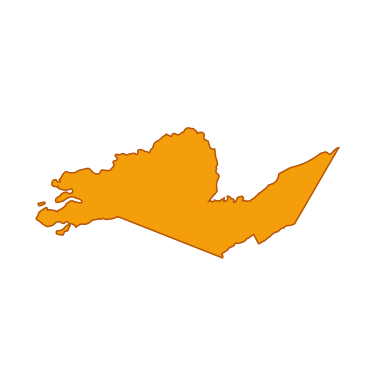 outline of Viseu, Pará, Brazil, rotated 242°
{"feature_id": "56859067B62077579865137", "entity_name": "Viseu", "entity_type": "district", "adm_level": 2, "iso_a3": "BRA", "parent_name": "Brazil", "parent_adm1": "Pará", "projection": "robinson", "projection_center": [-46.341, -1.561], "detail": "fine", "context": "isolated", "style": "filled", "palette": "amber", "viewbox_px": 384, "rotation_deg": 242, "n_neighbors": 0, "source": "geoboundaries", "source_scale": "gbopen_adm2", "svg_char_len": 5980}
<svg xmlns="http://www.w3.org/2000/svg" viewBox="0 0 384 384"><g transform="rotate(242 192 192)"><path d="M202.7,117.0L119.5,188.0L120.6,189.0L121.1,189.2L123.0,189.0L123.6,190.4L124.1,196.0L124.3,196.7L124.9,197.8L125.2,198.7L125.1,201.0L124.9,202.3L124.9,203.7L125.4,204.6L126.2,205.3L126.3,206.0L126.2,206.7L125.9,207.5L124.9,208.6L124.7,209.3L124.1,212.4L123.8,214.9L124.1,216.1L124.9,218.1L124.9,222.0L125.3,222.6L125.6,226.5L115.0,226.5L114.8,227.4L115.0,229.3L114.9,232.7L115.2,234.8L116.0,238.6L116.0,239.5L116.7,241.8L116.9,243.1L117.2,244.2L117.5,246.4L116.9,247.7L116.9,250.4L117.8,253.0L117.8,254.1L117.2,255.6L117.2,256.5L117.7,257.4L117.8,258.0L117.8,259.5L116.3,263.6L115.7,267.5L162.2,342.3L162.7,340.9L162.4,339.2L162.0,337.2L160.6,333.0L160.4,332.1L160.6,331.5L161.3,330.8L163.9,329.5L164.8,328.5L165.1,326.4L165.6,324.7L165.7,323.3L165.2,320.4L164.6,312.6L164.5,307.4L164.8,303.7L165.7,297.2L167.1,291.1L167.3,289.6L167.3,278.7L167.2,277.2L164.4,275.2L164.3,274.5L163.3,273.6L163.1,272.9L162.6,272.0L161.9,271.3L161.3,267.0L161.8,266.2L161.6,265.0L162.2,263.0L161.3,260.8L160.4,258.1L160.2,256.9L160.3,256.1L159.8,254.5L159.4,251.9L159.5,251.2L159.4,250.2L159.0,249.6L158.5,247.9L158.4,247.0L157.7,245.0L157.4,244.5L157.5,243.6L157.3,242.9L157.4,241.2L157.1,240.3L157.2,239.6L156.8,238.8L158.0,236.9L158.2,235.6L158.6,235.2L159.7,234.8L160.3,232.8L161.1,232.6L162.2,234.5L163.2,234.6L164.6,234.4L165.7,231.2L165.6,229.4L164.8,228.2L163.7,227.2L162.7,225.5L163.1,224.3L164.0,224.2L164.6,225.2L165.9,225.3L166.9,224.7L168.0,223.2L169.0,223.5L170.1,223.0L171.2,222.2L171.8,221.3L171.3,220.8L170.4,220.8L169.8,220.6L168.3,219.2L168.1,217.7L168.3,216.4L168.9,215.6L169.8,216.0L169.8,216.8L170.6,216.6L171.6,217.6L171.6,214.0L170.9,213.7L170.7,212.8L171.8,211.4L172.2,210.4L172.5,209.3L173.2,209.2L174.3,208.1L173.6,207.7L173.7,206.2L173.5,205.4L175.4,204.5L176.0,203.4L176.0,202.7L176.8,204.0L178.0,207.5L179.3,210.0L179.5,211.6L180.9,214.4L181.5,214.9L184.5,215.9L185.7,216.4L188.8,218.2L192.6,222.9L193.2,223.3L194.0,223.5L195.2,223.4L198.3,222.5L200.1,223.6L200.9,224.7L202.5,224.8L203.2,225.5L203.5,226.5L204.6,227.6L208.7,228.9L209.8,228.8L211.2,229.4L212.0,229.3L212.7,229.5L213.7,230.2L214.4,230.4L215.3,230.5L217.4,231.6L219.4,232.2L220.0,230.4L220.7,229.7L221.9,229.1L223.7,228.8L225.3,229.4L228.1,229.8L229.1,230.2L229.9,229.7L230.3,229.2L231.2,228.9L231.9,228.0L232.7,227.5L233.4,227.6L234.4,228.0L236.0,229.3L237.1,229.9L237.9,229.8L238.9,229.4L239.8,228.9L240.8,227.4L241.1,226.8L241.0,224.9L241.5,224.0L242.3,224.4L243.4,224.6L244.8,223.8L247.1,223.0L247.7,222.5L248.3,221.2L250.0,219.5L250.8,217.4L250.4,214.8L249.5,213.6L249.1,212.6L249.2,210.9L248.7,208.3L249.0,206.6L249.6,205.7L250.9,204.9L252.0,204.0L252.4,203.0L252.4,202.1L251.9,201.3L251.1,200.5L250.8,199.5L251.5,198.9L252.2,198.8L252.9,198.3L253.4,197.5L254.0,197.0L254.6,197.0L255.1,196.6L255.1,195.9L254.6,194.7L254.5,193.9L254.7,193.0L254.7,192.4L254.2,191.3L253.3,187.4L253.2,183.8L253.0,182.4L252.5,181.4L251.1,179.7L249.6,178.4L249.0,177.5L249.1,176.4L248.8,175.4L247.7,174.3L246.7,173.1L247.2,172.3L248.3,171.6L249.3,170.2L253.1,167.2L253.9,165.9L254.3,164.4L253.8,163.5L252.2,162.7L251.2,161.9L251.0,161.2L251.5,160.4L252.6,159.9L253.5,158.9L254.8,155.0L255.3,152.4L255.7,151.0L257.9,149.7L258.5,148.9L258.8,145.5L260.5,143.4L260.9,142.2L260.4,141.4L259.7,141.2L256.7,141.8L256.0,141.6L255.6,140.9L255.5,139.8L256.0,138.0L255.9,136.7L255.1,136.1L252.4,136.0L251.8,135.3L249.6,129.9L250.1,128.3L251.8,125.6L253.2,123.9L253.8,122.3L253.5,121.3L252.3,120.1L251.7,119.0L252.0,117.5L253.5,115.4L255.2,114.0L260.9,112.2L262.0,110.8L264.1,102.5L264.2,97.1L265.2,95.4L265.6,94.4L266.4,93.0L268.8,90.8L269.2,89.7L269.1,88.6L268.3,86.4L267.9,86.0L266.2,83.0L265.2,81.7L265.4,81.1L265.3,80.5L264.5,80.5L263.8,80.9L263.1,80.6L262.9,79.9L263.0,79.2L263.6,78.4L264.4,78.0L266.7,77.7L267.1,77.1L267.6,75.5L267.4,74.7L266.3,73.1L265.5,72.3L264.1,71.7L263.4,71.7L262.7,72.0L261.8,72.7L260.8,74.2L260.1,74.7L259.6,75.4L259.8,76.1L259.1,75.8L258.4,75.8L257.0,76.4L253.7,80.0L252.2,83.2L251.8,85.1L251.8,86.1L251.4,86.8L250.8,87.2L250.0,87.3L249.1,87.1L248.2,86.7L247.6,85.9L247.9,83.7L248.1,83.1L248.6,82.4L249.3,81.9L250.7,81.3L251.1,80.7L251.6,78.8L251.6,78.0L251.7,76.5L251.6,75.8L251.2,74.9L250.5,74.3L250.6,73.4L250.5,72.2L250.6,71.5L249.9,68.6L248.6,67.5L247.3,67.1L246.7,67.4L246.1,68.0L245.3,70.2L244.8,72.6L244.6,74.7L245.1,79.0L245.0,80.9L244.3,83.3L243.9,84.2L243.3,85.0L240.7,87.0L238.8,89.1L238.3,89.4L236.3,90.5L235.0,90.2L234.3,89.5L234.8,88.4L235.7,87.0L238.4,83.8L240.4,82.3L241.0,81.1L241.1,79.1L240.6,75.6L240.1,74.7L239.0,73.2L238.4,69.3L238.5,65.6L238.4,65.0L237.9,64.8L237.8,64.0L239.2,62.9L241.5,60.3L243.5,57.5L244.0,55.8L244.6,56.0L245.2,56.5L246.0,56.6L246.5,56.2L246.7,55.3L246.8,54.2L246.4,50.4L246.1,48.2L245.7,47.4L244.4,45.6L243.2,44.4L241.9,42.2L241.3,41.7L240.7,41.8L238.2,43.3L233.3,45.4L230.9,46.8L229.4,47.9L229.1,48.6L228.1,52.1L228.1,52.9L228.1,54.6L228.8,56.6L228.9,58.5L228.8,59.3L228.3,60.4L227.7,61.2L224.9,63.2L224.4,64.3L224.5,65.4L224.7,66.0L224.6,67.4L223.1,68.5L222.2,68.6L221.6,68.9L220.8,69.9L220.6,70.8L220.0,71.4L219.3,71.5L218.8,72.2L218.0,72.8L215.4,72.8L215.4,73.6L215.9,75.0L215.9,77.4L215.8,78.5L215.5,79.3L213.3,83.4L213.3,85.1L213.1,86.5L213.2,88.1L213.9,90.2L213.4,91.5L213.3,92.7L212.3,96.0L211.9,96.5L212.1,97.3L211.7,98.0L210.9,98.4L210.5,100.0L210.4,101.4L209.9,101.9L208.4,102.7L207.6,104.3L206.5,107.5L205.9,108.5L206.0,109.2L205.4,110.6L205.5,112.1L205.0,113.7L205.5,114.4L202.7,117.0ZM220.7,67.9L221.3,66.8L221.1,64.8L220.1,62.0L219.7,60.6L219.6,59.1L219.9,57.5L221.0,54.8L221.0,54.0L220.5,53.5L219.3,52.8L218.2,53.1L217.5,53.8L215.5,56.4L214.8,57.4L214.6,58.3L215.2,58.8L216.9,61.1L216.2,63.5L216.3,64.3L217.5,65.7L219.3,68.4L220.0,68.7L220.7,67.9ZM251.9,57.0L252.5,56.5L252.9,55.7L253.5,52.7L254.2,50.9L252.7,50.3L251.5,50.7L251.1,51.7L250.7,56.7L251.3,57.1L251.9,57.0Z" fill="#f59e0b" stroke="#b45309" stroke-width="1.5"/></g></svg>